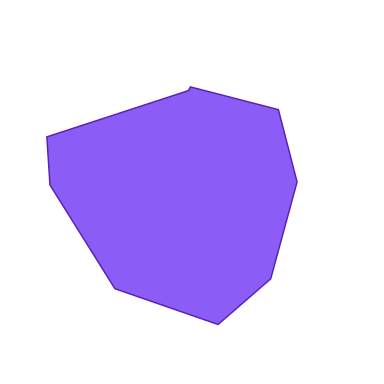 Fond Canie, Castries, Saint Lucia, rotated 57°
{"feature_id": "8701671B84491224846423", "entity_name": "Fond Canie", "entity_type": "district", "adm_level": 2, "iso_a3": "LCA", "parent_name": "Saint Lucia", "parent_adm1": "Castries", "projection": "mercator", "projection_center": [-60.96, 13.992], "detail": "fine", "context": "isolated", "style": "filled", "palette": "violet", "viewbox_px": 384, "rotation_deg": 57, "n_neighbors": 0, "source": "geoboundaries", "source_scale": "gbopen_adm2", "svg_char_len": 287}
<svg xmlns="http://www.w3.org/2000/svg" viewBox="0 0 384 384"><g transform="rotate(57 192 192)"><path d="M103.0,136.1L105.0,139.8L66.7,283.7L108.8,307.3L231.2,309.3L317.3,242.3L307.7,173.3L240.8,98.4L170.0,74.7L103.0,136.1Z" fill="#8b5cf6" stroke="#5b21b6" stroke-width="1.5"/></g></svg>